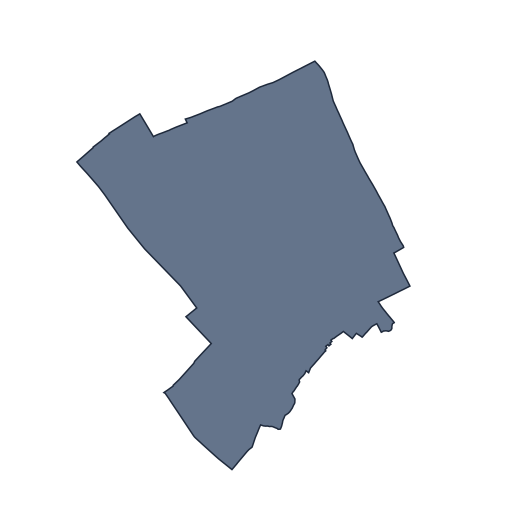 Targu Bujor, Galati, Romania, rotated 333°
{"feature_id": "2599482B16155789325197", "entity_name": "Targu Bujor", "entity_type": "district", "adm_level": 2, "iso_a3": "ROU", "parent_name": "Romania", "parent_adm1": "Galati", "projection": "albers", "projection_center": [27.937, 45.873], "detail": "fine", "context": "isolated", "style": "filled", "palette": "slate", "viewbox_px": 512, "rotation_deg": 333, "n_neighbors": 0, "source": "geoboundaries", "source_scale": "gbopen_adm2", "svg_char_len": 4635}
<svg xmlns="http://www.w3.org/2000/svg" viewBox="0 0 512 512"><g transform="rotate(333 256 256)"><path d="M111.9,335.9L112.8,337.2L112.9,338.3L113.2,340.3L113.3,341.2L113.6,343.2L113.9,346.3L115.1,356.3L115.2,357.0L116.8,370.7L118.7,387.2L119.0,389.1L119.5,390.7L122.9,399.8L127.2,411.1L128.9,415.5L130.6,419.8L137.6,435.4L145.0,432.3L145.0,432.2L152.6,429.0L159.2,426.2L161.7,425.3L165.8,424.5L173.0,417.4L178.2,413.0L178.7,412.5L181.4,410.2L183.4,408.6L184.7,409.9L185.7,410.9L186.5,411.4L187.2,411.9L188.8,412.6L189.4,413.0L190.5,414.0L191.0,414.3L192.0,414.6L193.4,415.6L194.3,416.7L195.3,417.9L195.5,418.1L196.6,419.3L196.7,419.6L196.8,420.1L197.5,420.7L199.2,421.3L200.1,420.5L200.6,420.1L201.6,419.2L202.9,417.7L203.8,416.7L204.3,416.0L204.4,415.9L205.2,414.8L205.9,414.3L206.4,413.8L206.9,413.4L207.5,413.0L208.3,412.2L209.7,411.1L211.4,411.1L212.1,410.9L213.3,410.8L215.4,410.1L217.3,409.1L218.3,408.5L219.1,408.1L222.1,405.7L223.2,405.1L223.5,404.8L224.0,404.3L225.8,401.1L225.6,394.9L226.0,394.7L227.1,394.0L228.9,393.3L229.0,393.2L231.4,391.8L232.8,391.0L233.4,390.7L233.7,390.7L235.1,389.8L235.9,389.3L237.6,388.1L237.8,387.8L237.9,386.8L238.1,386.2L238.6,385.6L239.5,385.4L240.0,385.3L240.7,384.9L240.9,384.8L243.8,384.0L244.4,383.7L245.0,383.4L246.2,382.9L246.7,382.4L248.2,381.2L248.5,381.0L249.9,383.9L251.4,382.6L251.5,382.5L253.8,380.5L254.4,380.3L260.1,378.1L260.5,377.9L262.0,377.3L265.1,376.1L268.3,374.7L268.6,374.6L272.3,373.1L273.1,372.7L275.1,372.2L275.0,371.3L274.9,371.2L275.1,370.9L276.1,370.5L277.5,370.0L277.2,368.1L279.9,367.6L280.0,368.3L280.2,369.2L282.7,368.6L282.5,367.8L282.4,367.1L284.8,366.6L284.5,365.0L287.1,364.5L287.8,364.8L290.0,364.4L292.3,364.0L292.5,364.0L297.2,363.4L298.9,363.0L299.1,363.0L299.6,362.9L300.2,364.3L301.1,366.2L302.9,370.1L304.3,373.3L308.9,371.1L310.3,370.5L313.2,375.4L313.7,376.5L314.2,376.4L316.9,375.3L319.1,374.4L319.5,374.4L323.2,372.9L326.8,371.5L328.4,371.3L332.0,371.2L332.9,371.2L333.0,375.0L333.0,380.6L333.0,380.8L334.5,380.9L335.2,380.7L335.8,380.8L336.0,380.9L336.3,381.1L337.8,381.6L339.0,382.5L339.9,383.3L341.6,383.4L342.6,383.3L343.6,382.7L344.2,382.2L344.6,381.4L345.1,380.4L346.2,379.0L346.9,378.3L347.6,378.2L348.7,378.2L348.8,378.2L349.0,378.1L349.0,377.9L347.8,372.6L347.5,371.1L347.1,369.6L346.2,365.5L346.2,365.2L345.2,360.6L344.7,357.5L344.4,354.4L344.1,352.2L358.0,352.5L368.3,352.6L373.1,352.7L373.9,352.7L379.5,352.7L379.5,348.4L379.5,345.6L379.4,338.4L380.1,320.3L380.2,316.6L380.2,315.9L382.4,315.9L383.9,315.8L388.3,315.6L391.5,315.4L391.8,313.8L391.5,310.5L391.3,308.8L391.3,306.5L391.3,306.2L391.3,304.2L391.4,303.4L391.5,302.5L391.6,301.0L391.6,299.5L391.7,295.4L391.8,293.4L391.6,290.9L392.1,288.4L392.5,284.6L392.6,283.5L392.7,282.3L392.7,281.0L392.8,279.0L393.2,271.5L393.3,270.4L393.2,269.2L393.1,267.2L393.0,265.1L393.0,264.0L392.9,261.0L392.9,260.8L392.7,256.5L392.7,253.1L392.5,248.4L392.4,245.9L391.8,237.4L391.8,235.8L391.7,234.3L391.4,229.3L391.4,228.2L391.3,226.5L391.0,220.1L391.2,215.4L391.5,210.4L391.6,208.3L391.8,207.0L391.8,206.4L392.9,200.7L393.0,200.6L393.0,200.0L393.0,199.1L393.1,195.4L393.4,190.1L393.6,187.4L393.7,184.5L393.9,179.1L394.0,176.7L394.2,174.3L394.4,169.2L394.6,165.7L394.6,164.6L394.7,162.1L394.9,159.3L395.0,156.6L395.2,152.9L395.7,150.7L396.9,145.5L397.3,143.3L397.8,140.7L398.7,135.5L399.1,134.0L399.5,131.4L399.6,129.8L399.7,128.4L399.8,126.9L399.9,126.0L400.0,125.1L400.0,124.4L400.1,123.8L400.0,122.5L399.6,120.1L398.6,115.3L398.3,114.2L398.0,113.0L397.6,111.8L396.9,109.1L372.2,109.1L356.8,109.4L349.8,109.2L344.2,108.2L335.8,107.2L328.5,107.4L323.8,107.4L319.6,107.1L311.3,106.5L309.3,106.5L305.1,107.3L291.7,106.3L289.4,105.7L284.6,105.2L278.7,104.5L274.5,104.2L274.1,104.2L272.9,104.1L272.7,104.1L271.9,104.0L271.2,104.0L268.3,103.7L265.3,103.4L264.6,103.3L262.3,103.1L260.0,102.8L255.2,101.9L255.1,106.1L252.2,105.8L249.3,105.5L246.3,105.2L243.3,104.9L241.8,104.8L240.2,104.7L237.0,104.5L235.9,104.6L233.8,104.3L231.8,104.1L228.7,103.8L226.5,103.5L224.9,103.3L222.6,103.1L220.2,103.0L219.5,103.0L218.8,103.1L217.8,88.0L217.0,76.6L213.9,76.8L211.8,76.9L194.1,78.7L187.9,79.3L184.5,79.6L183.0,79.8L180.7,80.0L180.8,80.7L179.3,81.0L177.4,81.5L174.9,82.0L170.2,83.2L169.1,83.4L166.3,83.9L160.3,85.0L160.0,85.6L145.5,89.3L140.5,90.5L139.1,90.9L139.8,93.8L140.2,95.6L141.3,99.7L143.1,106.1L143.6,108.1L147.2,122.6L149.0,132.9L154.4,172.9L160.0,199.1L175.2,248.5L178.8,270.6L179.6,275.4L166.0,278.3L176.4,313.7L165.0,317.8L153.7,321.9L151.8,323.4L131.5,331.2L123.5,333.6L123.0,334.3L119.6,334.8L115.8,335.4L113.0,335.7L111.9,335.9Z" fill="#64748b" stroke="#1e293b" stroke-width="1.5"/></g></svg>